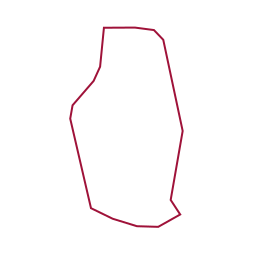 outline of Paris, rotated 257°
{"feature_id": "FRA-5333", "entity_name": "Paris", "entity_type": "Metropolitan department", "adm_level": 1, "iso_a3": "FRA", "parent_name": "France", "parent_adm1": "", "projection": "albers", "projection_center": [2.343, 48.859], "detail": "fine", "context": "isolated", "style": "outline", "palette": "rose", "viewbox_px": 256, "rotation_deg": 257, "n_neighbors": 0, "source": "natural_earth", "source_scale": "10m", "svg_char_len": 347}
<svg xmlns="http://www.w3.org/2000/svg" viewBox="0 0 256 256"><g transform="rotate(257 128 128)"><path d="M32.0,159.4L24.9,135.2L30.3,114.6L43.0,92.7L58.2,73.9L150.1,73.8L162.6,79.1L181.6,105.1L194.0,114.6L231.1,127.1L224.3,157.3L217.6,175.3L206.0,182.2L112.8,180.6L48.3,153.4L32.0,159.4Z" fill="none" stroke="#9f1239" stroke-width="2"/></g></svg>